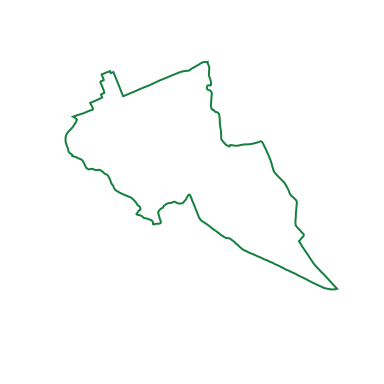 Angkor Borei, Takêv, Cambodia, rotated 339°
{"feature_id": "14789045B52246577333094", "entity_name": "Angkor Borei", "entity_type": "district", "adm_level": 2, "iso_a3": "KHM", "parent_name": "Cambodia", "parent_adm1": "Takêv", "projection": "natural_earth1", "projection_center": [104.951, 10.971], "detail": "fine", "context": "isolated", "style": "outline", "palette": "green", "viewbox_px": 384, "rotation_deg": 339, "n_neighbors": 0, "source": "geoboundaries", "source_scale": "gbopen_adm2", "svg_char_len": 5098}
<svg xmlns="http://www.w3.org/2000/svg" viewBox="0 0 384 384"><g transform="rotate(339 192 192)"><path d="M253.3,76.2L252.1,76.0L250.3,75.1L248.4,74.8L246.3,75.0L244.4,75.4L243.3,75.6L241.9,75.8L238.9,76.3L237.0,76.5L236.2,76.6L234.9,77.0L232.9,77.6L229.6,76.8L226.5,76.0L222.9,75.8L217.9,75.9L212.8,76.0L207.4,76.2L202.1,76.3L197.0,76.6L190.8,77.1L184.9,77.1L179.8,77.3L177.4,77.4L175.7,77.6L172.2,77.6L169.8,77.7L166.1,77.8L162.5,77.9L162.0,77.8L161.8,60.1L161.6,51.9L158.7,51.8L158.7,49.8L156.0,49.8L154.3,49.7L151.9,49.9L149.8,49.8L149.8,52.3L149.8,55.8L148.8,56.0L146.5,56.0L145.8,56.7L146.0,62.4L146.0,66.2L145.7,68.0L144.2,68.1L142.0,68.4L142.0,71.6L134.1,72.2L130.3,72.2L128.8,72.4L129.2,75.2L129.5,78.5L128.9,79.5L124.2,79.4L118.5,79.6L112.7,79.2L108.0,79.1L108.7,79.9L110.1,82.0L110.5,83.2L108.5,85.3L103.9,88.7L99.7,90.7L96.1,92.6L93.8,95.3L92.1,99.3L91.7,103.7L91.7,107.4L91.2,110.1L91.9,111.9L92.9,113.5L93.5,114.5L93.1,115.5L93.9,116.2L95.2,117.0L96.6,118.1L97.7,119.7L99.9,121.4L101.1,123.5L101.5,126.6L101.9,131.5L103.4,133.8L105.8,134.3L107.6,134.8L109.3,136.6L111.5,137.7L113.7,138.1L115.6,140.6L116.0,141.5L117.2,143.8L119.1,145.7L119.6,147.2L119.7,149.1L120.0,151.6L119.8,153.2L119.8,155.1L120.4,157.2L120.7,158.0L120.6,160.0L120.8,161.4L121.2,162.6L121.9,163.8L122.7,164.8L123.3,165.4L124.1,166.6L125.4,167.9L126.4,169.0L127.5,170.0L128.4,170.9L129.3,171.8L130.4,172.9L131.2,173.6L132.0,174.3L133.2,175.5L133.9,176.8L134.5,178.0L134.9,179.1L135.5,180.5L136.0,182.0L136.3,183.8L136.5,184.5L136.8,185.3L137.7,186.5L137.9,187.3L137.9,189.0L137.6,189.8L136.4,190.2L135.6,190.3L134.3,191.3L133.1,192.1L132.3,192.6L132.8,193.6L134.2,194.6L135.5,195.4L136.6,196.7L137.2,198.0L138.0,199.2L139.2,199.9L140.5,200.7L142.0,202.1L143.1,203.0L143.8,203.7L144.5,204.7L144.6,205.8L144.6,206.8L144.1,207.8L144.3,208.4L145.4,208.7L146.5,208.6L147.6,209.0L148.8,209.4L149.7,209.7L150.8,209.9L151.6,209.7L152.1,209.1L152.3,207.9L152.4,206.7L152.3,205.3L152.4,204.1L152.7,203.3L152.7,201.3L152.9,200.1L153.1,198.8L154.2,197.9L155.3,197.1L156.7,196.6L157.4,196.4L158.3,196.3L159.2,196.2L159.8,195.7L160.9,194.8L162.8,194.3L164.3,194.0L165.9,193.9L167.2,194.3L168.5,194.7L169.8,194.7L171.0,194.6L172.1,194.7L173.4,196.1L174.2,196.9L175.6,198.1L176.7,198.5L178.1,198.9L179.2,199.1L180.5,198.5L181.9,197.7L183.4,197.0L185.5,195.1L187.7,193.4L188.8,193.6L189.2,195.6L189.2,197.5L189.1,199.8L189.3,203.0L189.3,206.0L189.3,209.6L189.4,213.1L189.4,215.4L189.4,218.1L189.7,219.8L190.4,221.9L191.9,224.1L193.4,226.0L195.1,228.6L196.8,231.4L197.8,233.4L198.7,234.5L199.1,235.1L199.9,236.3L201.2,238.4L202.5,240.3L203.6,242.6L204.7,243.8L206.0,245.7L207.3,247.1L208.8,247.9L210.3,248.7L211.0,249.5L212.0,251.1L212.9,252.5L213.8,254.0L214.1,254.9L214.9,256.4L215.9,258.2L216.9,260.4L217.6,261.8L218.5,263.3L219.4,264.6L220.8,266.0L222.1,267.4L223.6,269.1L225.3,270.7L227.1,272.3L229.1,274.4L230.9,276.2L232.1,277.3L233.8,278.9L234.8,280.3L236.2,281.5L237.8,282.9L239.1,284.3L240.2,285.5L241.1,286.2L242.3,287.5L243.0,288.3L243.5,288.9L244.1,289.6L246.2,291.6L248.0,293.6L250.1,295.9L252.4,298.6L254.0,300.0L256.2,302.4L259.2,305.4L261.8,308.6L263.9,310.7L266.7,313.6L270.0,317.5L273.1,320.9L275.5,323.4L278.6,326.5L280.6,328.7L282.3,329.9L284.3,331.2L287.0,332.8L289.7,333.8L291.8,334.3L292.8,334.3L291.6,331.5L289.7,326.9L288.2,322.9L287.9,322.0L286.8,319.3L285.6,316.1L284.2,313.3L282.6,309.3L281.6,307.0L280.7,304.7L280.1,303.1L278.7,297.0L277.3,290.4L275.5,283.1L275.0,280.1L274.2,276.3L275.2,275.9L276.2,275.3L277.3,274.6L278.7,273.9L280.4,273.1L281.2,271.4L280.1,269.3L279.1,266.2L277.8,263.3L277.1,261.3L276.9,260.0L277.9,256.7L279.8,252.8L281.7,248.5L283.5,244.8L285.1,241.5L286.4,238.8L286.2,236.9L284.7,233.5L283.3,231.1L282.7,228.6L282.8,224.6L282.2,220.2L281.6,216.4L280.1,213.1L278.5,209.5L277.4,206.9L276.4,204.3L275.8,201.9L276.0,198.4L276.4,195.1L276.7,190.5L276.6,186.0L276.4,182.4L276.3,179.6L276.1,176.9L275.8,174.0L275.7,172.2L275.4,170.6L274.5,169.3L272.6,169.3L269.5,169.1L267.2,168.8L264.3,168.4L260.8,167.4L257.8,166.3L255.0,165.7L251.9,165.3L249.4,164.5L247.0,163.2L245.3,162.2L244.5,161.9L243.3,162.9L242.4,162.2L242.0,161.5L241.5,161.2L241.1,160.7L240.4,159.6L240.1,159.1L240.0,158.3L239.5,157.3L239.1,156.0L238.6,154.7L238.3,153.0L238.8,151.5L239.6,149.5L240.1,147.8L240.4,147.0L240.6,146.5L241.0,145.3L241.2,143.8L241.6,142.0L242.2,139.4L242.7,137.3L243.4,136.0L243.5,135.3L243.9,134.3L244.2,133.3L244.4,132.4L244.7,131.1L245.1,129.7L245.0,129.0L244.8,127.6L244.2,126.8L243.5,126.1L242.9,125.8L242.3,125.3L241.9,124.4L241.5,122.8L240.6,122.6L240.2,122.1L240.1,121.3L240.2,120.2L240.3,119.1L240.8,117.6L241.7,115.8L242.5,114.3L243.1,112.7L243.4,112.0L244.0,110.8L244.5,109.6L245.5,108.1L245.9,106.6L245.8,104.9L245.4,103.9L244.5,103.2L243.3,102.1L243.1,101.3L243.1,100.5L243.3,99.6L243.7,99.2L244.6,98.2L245.8,98.3L246.7,98.9L247.8,99.1L248.3,98.6L248.9,96.5L249.2,95.1L249.3,94.3L249.5,93.0L249.5,91.6L249.5,89.7L249.8,88.4L250.5,87.1L250.9,86.0L251.5,84.8L252.2,83.2L252.8,82.0L252.9,80.0L252.8,78.3L252.8,77.4L253.3,76.2Z" fill="none" stroke="#15803d" stroke-width="2"/></g></svg>